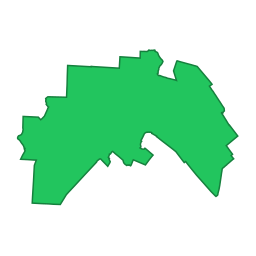 Fundulea, Calarasi, Romania (orthographic projection), rotated 92°
{"feature_id": "2599482B1760038642223", "entity_name": "Fundulea", "entity_type": "district", "adm_level": 2, "iso_a3": "ROU", "parent_name": "Romania", "parent_adm1": "Calarasi", "projection": "orthographic", "projection_center": [26.52, 44.463], "detail": "fine", "context": "isolated", "style": "filled", "palette": "green", "viewbox_px": 256, "rotation_deg": 92, "n_neighbors": 0, "source": "geoboundaries", "source_scale": "gbopen_adm2", "svg_char_len": 5342}
<svg xmlns="http://www.w3.org/2000/svg" viewBox="0 0 256 256"><g transform="rotate(92 128 128)"><path d="M151.9,230.3L152.3,230.2L152.6,230.4L153.4,230.7L154.1,230.1L154.5,230.1L155.9,230.8L158.5,232.2L160.0,232.9L163.0,234.2L163.1,226.8L163.3,220.9L163.3,218.5L168.3,220.2L168.8,220.3L185.2,220.6L200.1,221.0L206.4,221.1L206.6,210.8L206.6,205.3L206.7,202.3L206.8,200.0L206.8,193.0L196.6,187.2L196.2,186.8L193.8,184.8L187.4,179.2L176.7,170.0L163.4,158.4L163.3,158.5L163.2,158.4L162.7,158.1L161.6,157.4L160.8,156.2L160.7,156.1L160.1,155.6L160.0,155.4L160.0,154.9L159.9,154.2L161.8,152.3L166.3,147.6L167.0,146.9L163.5,145.0L163.0,144.8L162.2,144.6L161.4,145.1L160.6,145.4L159.4,146.1L159.0,145.6L158.3,146.2L157.9,146.7L157.2,146.3L156.6,146.0L155.9,145.9L154.8,145.6L154.7,145.6L154.7,145.2L154.7,144.9L154.6,144.7L154.2,144.4L153.8,144.2L152.9,143.5L152.5,143.4L152.1,142.9L151.9,142.6L152.0,142.4L152.1,142.2L154.0,140.0L155.6,137.9L156.9,136.1L160.5,131.7L161.1,131.7L161.6,131.5L162.8,131.1L163.2,130.8L163.6,130.5L164.1,130.0L164.5,129.5L165.5,127.9L165.3,127.5L165.0,127.1L165.0,126.9L165.1,126.5L165.2,126.0L165.0,125.8L164.8,125.6L165.0,125.3L165.4,124.8L165.7,124.1L165.4,123.8L164.9,123.6L164.5,123.4L161.1,122.2L159.6,121.6L164.3,109.3L159.6,106.1L156.2,103.6L154.2,102.0L152.5,104.1L152.0,104.8L150.4,106.7L147.9,109.9L147.6,110.4L147.6,110.5L147.8,110.7L148.5,111.0L148.6,111.6L148.6,111.8L148.6,112.3L148.5,112.9L148.4,113.4L148.3,113.8L148.2,114.1L147.5,115.3L146.8,114.7L146.5,114.5L146.4,114.5L146.1,114.5L145.5,114.6L144.7,114.9L144.2,115.0L143.7,115.0L142.1,114.7L140.8,113.9L140.5,114.5L140.3,114.6L139.9,114.6L139.7,114.5L139.4,114.3L139.0,114.1L138.8,113.9L138.3,113.8L138.3,113.7L138.0,113.5L137.9,113.5L137.7,113.5L137.5,113.4L137.4,113.3L137.2,113.2L136.9,113.0L136.7,113.0L136.5,112.9L136.0,112.7L135.7,112.6L135.5,112.4L135.3,112.4L135.2,112.3L134.7,112.1L134.4,112.1L134.3,111.9L133.7,111.7L133.4,111.6L133.0,111.3L132.6,110.9L132.4,110.7L132.2,110.5L132.0,110.2L131.9,109.8L131.6,109.2L131.5,108.9L131.5,108.6L131.6,108.3L131.6,108.2L131.5,107.8L131.5,107.7L131.4,107.5L131.4,107.4L131.4,106.9L131.5,106.7L131.4,106.4L131.4,106.2L131.4,105.6L131.4,105.4L131.5,105.0L131.5,104.8L131.5,104.7L132.0,104.0L132.6,104.1L132.8,103.5L133.2,102.8L134.1,101.1L134.7,99.8L135.1,99.1L135.5,99.3L135.9,98.8L136.1,98.4L137.5,96.5L137.7,96.2L137.9,96.0L139.8,93.4L147.5,82.6L150.0,79.3L157.6,73.1L160.6,70.6L159.5,69.2L162.2,67.0L167.1,62.8L172.8,57.8L188.7,42.7L192.7,38.5L193.3,37.7L192.3,36.4L191.9,36.1L191.6,35.9L190.8,35.9L189.2,35.6L186.2,34.9L184.8,34.7L182.1,34.3L174.9,33.5L172.2,33.2L169.4,32.9L168.1,32.7L165.4,32.4L164.7,31.8L163.7,30.6L162.5,29.4L161.2,27.9L160.9,27.8L159.9,26.6L155.9,22.3L155.1,21.3L152.0,24.0L150.6,22.6L145.7,26.5L143.7,28.0L142.2,29.2L132.2,18.0L121.6,26.7L121.8,26.9L119.8,28.3L118.4,29.2L116.8,30.2L115.7,31.0L112.5,33.1L109.7,35.1L109.4,35.0L109.3,34.8L109.3,34.6L109.3,34.4L109.5,34.2L109.7,33.9L109.7,33.7L109.1,33.5L108.7,33.4L107.7,32.5L107.6,32.3L107.4,32.3L105.1,32.6L104.5,32.9L102.7,34.3L98.3,37.3L97.6,37.9L96.5,38.6L94.6,40.0L93.2,40.9L90.5,42.9L89.1,43.8L87.9,44.7L87.3,45.3L83.3,48.1L81.6,45.7L81.4,45.5L78.1,48.3L67.3,58.1L64.3,60.8L64.1,61.0L64.0,61.3L63.4,63.5L63.4,63.8L62.6,66.8L61.9,69.9L60.0,78.0L59.2,81.0L59.2,81.3L59.3,81.5L59.5,81.6L69.3,84.5L74.8,82.6L77.7,81.6L78.8,81.2L78.2,83.3L77.7,85.9L77.2,88.1L77.0,89.6L76.8,90.4L76.2,91.9L76.1,92.4L75.7,94.4L75.5,95.0L74.4,98.2L74.5,98.4L74.6,98.6L74.5,99.1L74.5,99.4L74.4,99.5L72.9,100.6L72.6,100.4L72.4,100.2L72.3,99.9L72.1,99.8L71.6,99.9L70.7,99.8L70.2,99.9L69.9,99.9L68.8,99.4L68.3,99.3L67.9,99.3L67.1,99.3L66.5,99.1L66.3,98.9L65.8,98.7L64.9,98.3L64.5,98.0L64.0,97.4L63.2,96.8L62.4,96.3L60.4,95.4L60.2,95.4L59.5,95.8L58.9,96.2L58.6,96.5L58.2,96.9L57.9,97.3L57.0,98.1L55.7,99.1L54.6,99.8L54.3,100.0L54.0,100.1L52.5,100.7L51.9,101.0L51.6,101.2L51.3,101.6L50.8,102.8L50.6,103.3L50.4,103.7L49.9,103.7L49.4,103.7L49.2,104.0L49.2,104.4L49.2,104.5L49.3,104.9L49.3,105.1L49.5,105.4L49.5,105.9L49.6,106.3L49.5,106.7L49.5,106.9L49.6,107.6L49.7,108.2L49.7,108.4L49.7,108.7L49.6,109.1L49.4,109.5L49.4,109.8L49.4,110.0L49.5,110.1L50.0,110.4L50.5,110.9L50.6,111.1L50.8,111.3L50.9,111.6L50.9,111.8L50.9,112.4L50.9,115.4L51.0,115.9L51.0,117.0L51.0,117.7L51.0,118.4L57.7,118.3L57.2,133.9L57.1,138.5L68.5,138.8L68.5,139.6L67.8,166.6L67.7,166.6L67.7,166.9L68.1,166.9L67.6,190.5L78.1,190.5L86.4,190.4L99.4,190.5L99.6,209.1L99.7,209.3L100.1,209.8L101.4,211.3L102.0,211.1L102.3,210.9L102.5,211.0L102.8,211.1L103.0,211.1L103.4,211.1L103.9,211.1L104.4,211.1L105.2,210.7L105.6,210.5L105.9,210.3L106.5,210.4L106.9,210.5L107.2,210.6L107.3,210.5L108.1,209.9L108.7,209.3L110.0,208.3L110.0,208.2L110.3,208.3L110.6,208.5L110.8,208.7L111.1,208.8L111.3,208.9L112.1,209.1L112.6,209.3L117.0,211.1L119.2,212.0L119.6,212.4L122.0,214.6L122.4,215.1L122.8,215.5L120.3,218.0L120.1,233.2L131.7,233.1L132.4,232.9L133.2,232.8L133.6,232.8L134.5,233.0L135.6,233.1L135.8,233.1L136.6,233.5L138.1,234.2L138.4,234.5L139.1,235.7L139.4,236.5L139.5,236.8L139.7,237.1L140.1,237.4L140.6,237.7L141.1,237.9L141.8,238.0L142.4,237.9L142.7,237.6L143.1,237.3L143.4,236.7L143.7,236.3L144.1,235.8L144.9,235.2L146.5,234.1L148.6,232.4L149.2,232.0L149.6,231.8L150.2,231.5L150.7,231.3L151.5,231.1L152.0,231.0L151.9,230.3Z" fill="#22c55e" stroke="#15803d" stroke-width="1.5"/></g></svg>